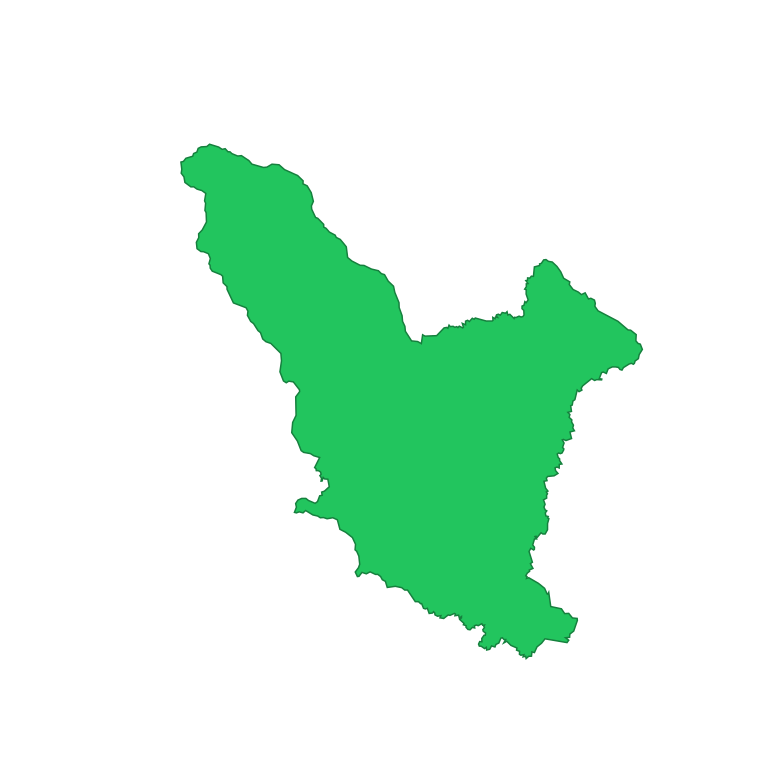 the district of Valdivia, Antioquia, Colombia, rotated 118°
{"feature_id": "7082276B28088679265990", "entity_name": "Valdivia", "entity_type": "district", "adm_level": 2, "iso_a3": "COL", "parent_name": "Colombia", "parent_adm1": "Antioquia", "projection": "mercator", "projection_center": [-75.403, 7.242], "detail": "fine", "context": "isolated", "style": "filled", "palette": "green", "viewbox_px": 768, "rotation_deg": 118, "n_neighbors": 0, "source": "geoboundaries", "source_scale": "gbopen_adm2", "svg_char_len": 6171}
<svg xmlns="http://www.w3.org/2000/svg" viewBox="0 0 768 768"><g transform="rotate(118 384 384)"><path d="M220.7,191.5L221.7,193.9L218.8,206.9L218.9,229.4L216.4,234.3L213.6,235.3L211.1,237.6L211.2,241.6L212.9,243.4L209.1,249.2L212.4,251.7L211.6,255.6L211.8,261.4L209.2,267.1L206.6,267.9L206.3,275.0L201.9,280.7L199.0,286.5L197.3,292.7L198.5,296.4L198.1,299.4L199.5,301.3L203.6,301.7L204.9,303.0L206.3,302.2L210.0,306.2L218.8,302.6L219.6,304.5L222.1,305.0L222.9,307.0L225.1,306.0L226.1,307.3L227.7,304.0L228.8,305.4L231.2,304.0L234.2,304.3L234.0,302.7L237.9,300.7L242.1,296.2L245.5,296.7L245.1,298.3L248.8,297.4L250.4,298.7L252.7,297.5L253.4,295.1L257.3,292.8L259.2,293.0L260.5,294.4L260.7,296.6L263.3,298.6L263.8,300.0L265.1,299.9L263.4,305.6L264.9,307.1L262.4,309.3L264.4,309.9L265.4,313.2L268.6,313.6L268.7,315.8L270.1,317.1L271.0,317.0L271.9,315.0L272.5,317.0L274.2,316.6L274.1,319.2L276.7,317.6L277.6,318.1L280.4,323.3L282.9,334.4L284.5,334.8L284.5,336.9L288.8,338.0L288.5,340.1L290.2,341.5L293.4,339.8L293.7,343.3L296.6,340.5L297.5,340.8L297.6,344.7L299.5,345.2L299.2,346.7L300.7,348.1L300.6,350.0L302.2,352.5L301.5,354.2L304.8,353.8L304.7,355.3L306.3,357.3L316.6,360.2L322.5,370.3L322.4,373.0L330.8,370.0L330.7,374.2L333.0,379.9L327.4,389.9L323.3,392.6L320.0,397.0L315.2,400.1L309.4,406.5L305.2,408.9L298.0,417.5L293.2,421.5L291.2,428.6L287.2,434.9L287.8,438.1L286.6,442.1L288.4,449.0L288.7,457.3L290.4,460.9L290.5,470.0L289.4,475.5L280.6,481.7L279.0,485.3L276.9,490.5L277.0,495.0L275.5,497.0L275.5,503.6L273.7,508.3L273.8,510.8L271.4,512.2L268.8,520.3L269.1,522.6L263.6,529.9L260.8,531.7L255.9,532.1L249.2,538.1L245.1,544.9L245.3,549.5L242.6,550.8L240.5,558.0L241.4,572.4L239.7,579.6L242.5,586.1L247.5,589.2L249.4,592.1L251.9,603.8L250.2,608.1L249.3,617.1L251.4,620.2L252.0,626.4L251.3,629.0L252.2,630.8L250.8,634.7L252.8,637.1L252.4,641.2L254.2,650.6L257.5,651.9L260.5,656.8L263.2,658.7L267.1,658.1L269.9,660.3L272.7,659.8L277.7,664.9L281.6,665.6L283.4,667.5L289.4,663.3L293.1,662.0L295.0,657.9L299.5,654.4L300.6,647.0L299.2,644.6L299.7,640.6L298.7,635.6L299.4,630.8L306.5,628.4L308.1,626.4L314.8,623.6L316.2,621.5L324.3,616.8L333.3,616.8L338.4,618.2L341.7,616.3L347.0,616.2L352.3,612.6L353.0,607.8L351.9,605.5L351.4,600.2L354.8,596.2L360.1,595.0L360.8,593.3L363.3,591.8L365.0,588.6L364.0,579.3L364.6,577.1L370.2,573.5L371.7,568.4L374.1,567.0L383.1,555.0L381.4,541.6L383.6,538.3L387.5,536.8L391.3,531.1L391.9,527.5L396.0,520.3L396.6,517.2L401.2,512.2L402.1,508.1L401.3,502.9L405.4,489.4L411.6,485.4L422.1,481.6L428.5,474.2L428.8,470.9L426.2,469.4L424.7,465.0L428.8,455.9L430.4,454.9L436.8,455.9L453.0,446.9L460.8,446.6L470.3,442.6L475.0,433.7L481.7,425.9L482.1,422.8L480.0,416.3L480.3,412.3L479.1,406.3L490.4,406.0L490.6,404.4L492.3,403.1L491.3,401.3L491.5,398.7L493.3,397.1L495.0,397.6L496.5,394.9L499.3,394.0L498.7,393.1L495.1,393.8L495.7,391.8L494.4,388.9L500.4,384.1L506.6,386.3L508.7,388.3L511.3,386.4L512.9,388.3L519.0,387.5L521.7,388.8L522.3,396.0L521.7,399.3L523.6,402.9L526.9,405.5L531.0,405.9L533.9,403.5L539.4,402.8L538.9,400.8L536.7,398.9L535.8,395.0L532.5,393.8L533.0,385.3L531.7,380.5L532.0,377.4L530.3,374.7L529.7,371.0L526.1,366.4L525.8,361.4L533.0,354.7L532.9,348.3L534.4,339.8L538.9,333.9L544.0,331.7L544.5,329.6L547.8,325.4L554.6,320.8L558.3,320.3L563.5,321.1L566.5,317.1L565.6,315.8L560.7,315.0L559.9,310.5L556.4,308.1L556.1,302.1L555.0,300.1L555.6,296.6L557.6,293.6L557.6,290.1L562.1,285.6L557.3,279.0L555.5,272.7L556.2,269.0L554.9,266.5L561.5,254.2L560.0,251.3L560.8,248.5L560.2,247.7L563.5,243.8L563.2,241.9L561.7,240.4L565.4,236.4L563.4,233.6L561.8,233.4L562.3,231.7L563.9,230.6L563.9,227.7L561.8,225.0L564.2,224.8L563.0,221.2L557.8,218.9L557.3,217.1L553.5,214.1L553.5,213.0L555.3,212.6L553.1,209.6L555.3,207.6L552.9,206.4L554.1,205.8L556.4,206.5L557.8,201.0L559.3,200.9L558.8,198.1L560.3,197.4L561.3,194.7L560.6,192.6L557.4,191.7L556.8,189.4L555.0,190.7L553.4,189.2L553.2,187.4L549.7,185.1L550.7,183.7L549.7,182.1L551.0,182.2L551.9,181.0L554.5,181.4L555.8,180.2L556.1,177.5L558.2,176.6L558.9,177.7L562.7,178.2L565.6,176.6L566.5,178.6L569.3,178.4L570.7,176.8L569.9,175.1L570.4,171.0L568.5,170.0L570.7,168.5L568.6,166.1L564.8,166.1L564.1,162.6L561.4,162.9L558.8,161.0L553.6,161.5L552.5,160.4L553.3,158.1L552.5,156.6L556.4,156.7L553.5,154.8L555.2,149.2L554.7,142.7L556.8,142.0L556.4,138.8L559.1,137.5L559.2,135.8L557.3,133.4L559.6,133.1L557.9,131.1L559.7,129.6L556.5,128.4L555.1,126.0L551.1,127.6L550.5,125.1L544.3,125.5L538.9,123.2L533.4,122.2L526.4,101.0L523.5,100.6L522.8,104.6L520.5,101.2L517.6,102.5L513.1,100.5L501.9,102.3L500.3,103.4L502.1,107.8L499.8,113.2L501.9,116.7L499.2,121.8L502.2,132.3L490.7,140.7L492.6,140.6L492.8,141.4L489.0,146.3L487.5,154.1L487.1,165.2L488.8,166.9L486.9,167.3L486.8,168.8L483.7,168.7L481.0,167.5L480.0,168.4L476.9,165.9L473.9,170.4L471.7,169.3L463.8,177.3L460.2,177.3L460.3,173.9L459.4,173.6L457.5,174.5L456.3,177.1L450.2,178.4L449.2,176.6L447.8,179.1L447.0,178.2L447.5,176.7L441.6,175.5L441.9,173.5L440.8,171.3L435.9,171.2L430.4,174.1L425.5,175.2L425.4,176.7L423.9,176.8L424.5,179.2L422.0,181.1L419.6,180.7L419.5,182.6L417.6,185.0L414.6,185.3L411.4,188.8L408.4,186.8L405.8,188.3L404.2,188.1L403.1,190.0L401.6,189.0L400.1,192.4L394.8,197.1L392.8,194.7L390.9,196.5L388.8,196.1L385.2,190.7L381.3,188.4L379.9,191.9L377.7,193.6L376.1,192.3L375.9,189.9L372.7,191.5L371.1,189.4L369.1,193.1L367.7,193.7L367.1,195.7L364.5,198.2L362.9,197.4L362.7,195.6L361.3,194.4L357.8,194.4L356.7,194.9L356.3,196.5L351.6,197.3L349.6,200.4L348.7,199.6L348.5,196.8L344.1,192.8L339.1,197.3L335.9,193.9L334.2,196.7L331.4,197.4L329.5,200.5L327.5,201.3L326.5,204.9L323.7,205.5L322.7,208.4L320.2,205.6L315.5,209.0L314.2,207.9L310.4,209.2L308.2,208.1L298.6,210.6L299.2,208.2L296.5,206.4L295.1,207.9L292.3,207.7L281.8,203.2L282.0,199.7L280.3,198.3L278.2,193.8L277.4,194.0L278.2,196.5L271.8,197.2L270.5,196.1L270.3,192.6L265.6,193.2L264.4,192.5L261.7,190.4L260.1,187.3L259.3,184.8L260.4,182.5L260.0,180.4L257.1,180.3L251.2,176.9L249.6,175.3L249.5,173.1L248.2,172.6L245.8,173.1L242.2,171.3L238.2,172.5L232.2,172.1L228.5,176.4L228.9,178.8L227.6,181.9L222.0,184.5L220.7,191.5Z" fill="#22c55e" stroke="#15803d" stroke-width="1.5"/></g></svg>